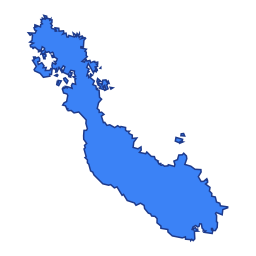 the district of Lalmonirhat, Bangladesh
{"feature_id": "16705992B84214314165922", "entity_name": "Lalmonirhat", "entity_type": "district", "adm_level": 2, "iso_a3": "BGD", "parent_name": "Bangladesh", "parent_adm1": "", "projection": "mercator", "projection_center": [89.252, 26.122], "detail": "fine", "context": "isolated", "style": "filled", "palette": "blue", "viewbox_px": 256, "rotation_deg": 0, "n_neighbors": 0, "source": "geoboundaries", "source_scale": "gbopen_adm2", "svg_char_len": 5528}
<svg xmlns="http://www.w3.org/2000/svg" viewBox="0 0 256 256"><path d="M200.9,169.6L195.0,169.3L190.8,166.2L184.8,164.4L186.8,158.7L186.4,155.9L183.7,153.2L182.3,154.8L178.8,155.0L177.5,159.6L173.9,161.1L174.9,164.4L174.4,166.4L168.3,164.7L168.0,165.8L164.5,166.2L162.6,164.8L161.2,165.3L159.9,164.4L161.4,163.4L158.7,163.7L157.9,161.4L157.0,162.1L158.2,161.0L155.3,159.4L154.4,156.6L151.3,156.4L146.8,152.0L145.7,153.7L139.4,152.4L141.2,150.1L141.0,146.9L138.0,148.8L133.1,147.4L133.8,142.1L136.8,138.0L132.2,138.4L132.3,135.1L129.2,133.6L128.5,132.1L129.4,131.2L126.7,131.2L125.5,130.0L125.6,127.5L120.9,126.5L120.2,127.4L117.7,125.7L114.7,127.6L109.8,124.8L106.9,125.4L104.7,122.3L103.4,122.6L101.4,116.1L104.0,114.4L101.6,112.2L99.2,112.4L99.2,110.2L97.2,108.5L98.6,102.7L101.6,99.2L99.5,97.3L99.1,90.3L97.1,89.7L97.5,88.5L96.4,89.0L95.9,85.9L92.8,84.6L94.4,81.0L89.6,77.1L88.7,77.6L88.7,75.1L86.9,75.7L87.7,72.6L89.0,71.6L87.9,71.0L89.1,69.1L86.7,67.5L88.3,63.6L93.5,73.0L94.2,70.8L96.6,69.3L95.1,68.3L96.3,68.5L96.0,67.1L94.4,67.1L97.6,66.4L97.3,64.4L95.7,64.5L97.7,64.0L97.7,62.1L95.3,62.6L94.2,61.9L95.4,61.4L93.9,61.4L90.7,62.7L89.9,60.4L87.0,61.1L85.9,59.1L84.5,62.1L82.0,61.4L87.3,56.6L86.2,55.6L86.3,52.2L84.9,51.2L86.4,49.2L80.8,47.9L80.9,46.6L83.4,46.9L83.9,40.3L85.6,38.3L84.9,37.6L81.3,38.7L82.9,37.0L82.2,36.0L79.5,36.8L79.0,38.4L79.4,36.8L77.1,35.5L76.3,36.6L75.8,35.2L74.3,37.0L68.8,35.4L68.2,37.1L67.0,37.0L66.0,33.1L62.8,34.1L63.9,32.7L63.5,30.8L59.1,31.2L58.8,28.3L55.1,27.8L56.5,31.1L55.2,31.2L54.8,29.2L51.9,28.4L51.2,27.0L52.2,25.6L50.6,23.4L51.9,22.8L52.0,19.9L50.6,20.0L50.8,18.9L49.7,20.0L49.5,18.8L46.9,18.4L46.7,16.2L43.8,15.4L44.9,18.0L46.6,18.1L45.2,19.3L42.4,18.1L42.6,19.3L40.9,19.5L41.8,21.1L41.1,22.3L42.4,23.8L40.7,24.5L40.5,26.9L34.9,24.8L34.8,26.2L37.1,26.6L34.0,27.7L34.7,30.0L36.4,30.7L35.0,33.2L28.3,32.8L30.1,35.2L31.8,34.3L32.5,35.2L32.0,40.5L29.8,42.1L33.5,43.1L30.2,45.1L30.6,46.8L33.5,47.4L32.6,48.9L34.9,47.2L38.1,49.9L41.1,50.3L42.2,46.7L44.6,48.3L44.5,49.7L41.7,51.4L40.9,54.2L42.9,53.4L44.7,54.3L42.6,54.6L43.8,58.8L45.1,58.8L44.9,56.9L46.1,56.0L44.8,52.8L45.4,51.4L46.4,52.5L48.8,51.6L50.2,53.2L52.5,52.2L53.2,52.8L54.0,56.0L51.5,55.2L52.4,57.5L54.8,57.2L57.3,58.9L56.3,61.4L54.4,61.4L56.1,63.4L55.5,64.4L52.5,62.8L51.9,65.5L52.5,68.7L54.7,68.6L55.5,69.9L56.3,69.0L55.7,72.1L57.0,71.9L59.0,67.4L62.0,72.4L63.0,71.0L61.3,68.8L63.3,65.8L64.9,66.8L62.9,72.2L67.6,74.4L69.2,73.6L68.2,74.7L68.9,76.7L70.5,77.1L69.9,75.7L71.4,75.6L72.1,72.8L71.3,72.7L71.1,74.6L70.9,72.6L69.6,72.2L70.9,70.3L74.5,71.1L74.2,73.5L75.6,76.2L73.2,76.8L75.8,78.8L74.9,79.6L75.6,84.3L72.5,83.5L71.4,85.6L72.1,88.3L68.1,86.9L67.2,87.9L66.9,86.6L65.2,86.3L65.2,87.5L63.4,87.2L62.3,88.9L63.6,93.0L66.9,93.9L67.8,95.4L66.6,101.5L64.1,102.8L62.7,105.1L65.5,105.8L67.0,109.3L68.2,108.2L67.4,109.4L68.1,110.7L71.2,110.5L74.0,112.9L78.8,112.0L86.2,120.0L85.9,123.4L87.4,128.7L86.5,130.3L84.0,130.4L83.6,135.6L83.7,139.3L86.7,143.4L84.5,145.4L85.3,147.7L84.0,148.9L86.2,156.8L85.0,157.6L87.4,159.8L87.4,162.8L88.8,164.2L90.6,170.9L92.8,172.2L94.0,175.0L102.8,183.8L108.6,185.2L110.7,184.6L114.4,187.9L117.0,186.9L122.1,195.3L123.5,194.4L127.2,200.5L134.4,202.9L136.0,205.3L140.5,203.2L144.1,205.4L144.6,208.6L148.3,213.1L150.6,213.9L151.6,216.0L155.0,216.4L157.1,218.6L157.0,222.8L160.9,226.0L160.9,228.3L167.8,229.5L168.0,232.0L172.3,235.9L182.3,237.9L185.4,236.9L185.5,239.2L190.5,239.6L190.7,240.6L191.8,239.3L193.2,240.6L194.8,238.9L194.4,231.2L198.1,231.1L197.1,230.4L197.7,229.7L197.6,229.1L196.5,229.5L195.4,227.7L193.3,228.6L193.4,229.8L192.1,229.5L193.0,227.0L195.7,225.5L197.7,227.0L199.0,226.4L199.8,223.7L201.4,224.0L202.1,228.1L203.6,229.7L203.1,230.9L205.6,231.0L204.2,232.3L212.2,233.5L212.8,230.5L211.5,230.0L211.5,228.5L212.5,228.5L213.2,230.6L215.3,230.6L217.2,227.4L217.5,222.4L216.5,221.7L216.6,215.7L215.5,213.5L216.3,212.5L222.2,214.8L222.8,209.6L227.7,207.8L227.7,206.9L220.4,205.8L219.8,203.2L216.5,202.0L215.3,197.0L211.7,196.2L211.8,193.4L209.4,191.0L210.0,187.4L205.5,184.0L207.6,182.4L207.6,180.8L206.1,180.1L207.2,179.6L206.8,178.7L203.7,181.3L201.1,181.5L198.3,176.7L201.1,172.0L200.9,169.6ZM64.7,88.0L63.9,88.5L63.6,88.0L64.7,88.0ZM35.4,57.0L33.5,57.0L34.2,59.7L32.5,60.3L36.3,66.4L34.1,69.6L34.7,70.9L40.1,73.3L43.4,77.3L49.9,76.2L49.6,74.2L51.5,74.5L52.1,69.0L50.9,68.5L49.8,70.4L45.3,70.5L46.2,67.5L43.1,67.7L44.0,65.8L41.8,62.7L38.3,64.5L37.7,61.7L39.7,61.1L39.6,58.5L38.6,57.2L35.4,58.3L35.4,57.0ZM101.1,81.5L97.6,78.5L96.9,81.5L98.2,85.2L100.5,86.4L99.6,88.3L103.8,89.6L103.8,87.4L102.6,87.0L104.7,85.3L105.8,89.0L104.2,90.7L108.1,88.8L106.7,85.0L108.0,83.7L107.1,82.4L109.0,83.2L108.2,81.0L107.2,82.0L106.0,79.9L102.8,80.2L102.0,85.6L101.5,83.8L98.9,83.8L98.8,81.5L101.1,81.5ZM182.6,139.3L176.0,137.4L175.3,141.1L178.9,142.6L180.6,141.5L180.1,143.1L183.0,141.9L182.1,141.7L182.6,139.3ZM61.3,80.9L58.3,80.4L58.2,83.7L58.2,81.0L57.3,81.2L56.7,84.6L58.7,85.6L61.3,80.9ZM65.3,77.8L63.7,78.5L64.1,80.1L66.8,83.4L68.0,80.8L65.3,77.8ZM183.6,133.5L181.2,133.8L180.9,135.7L184.7,136.0L183.6,133.5ZM57.1,76.4L57.9,75.1L57.0,74.3L54.9,75.5L57.1,76.4ZM92.5,75.1L90.7,74.0L90.5,76.8L92.5,75.1ZM113.0,87.8L110.1,87.3L110.9,89.1L113.0,87.8ZM73.7,34.9L74.7,34.1L73.2,33.0L73.7,34.9ZM39.8,51.4L38.5,50.6L38.5,51.8L39.8,51.4ZM78.7,35.1L79.5,34.8L79.4,33.6L78.7,35.1ZM96.2,70.0L97.3,70.3L97.2,69.5L96.2,70.0ZM76.7,34.9L77.5,34.1L77.1,33.5L76.7,34.9ZM100.8,68.4L100.8,67.4L100.0,68.2L100.8,68.4ZM96.4,71.3L95.7,71.6L96.3,71.8L96.4,71.3Z" fill="#3b82f6" stroke="#1e3a8a" stroke-width="1.5"/></svg>